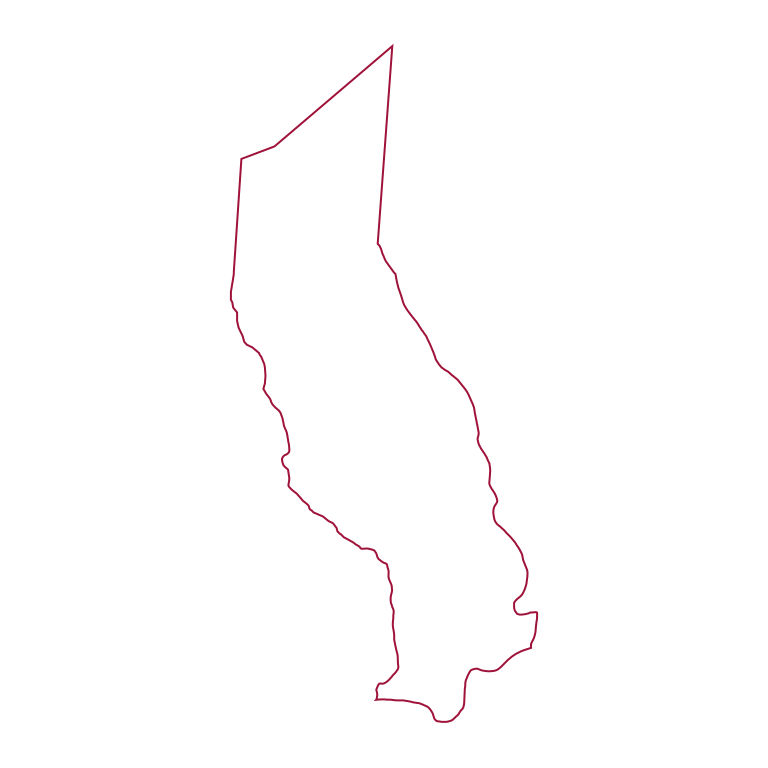 outline of Franciou, Soufrière, Saint Lucia
{"feature_id": "8701671B52742071766833", "entity_name": "Franciou", "entity_type": "district", "adm_level": 2, "iso_a3": "LCA", "parent_name": "Saint Lucia", "parent_adm1": "Soufrière", "projection": "orthographic", "projection_center": [-61.054, 13.804], "detail": "fine", "context": "isolated", "style": "outline", "palette": "rose", "viewbox_px": 768, "rotation_deg": 0, "n_neighbors": 0, "source": "geoboundaries", "source_scale": "gbopen_adm2", "svg_char_len": 6126}
<svg xmlns="http://www.w3.org/2000/svg" viewBox="0 0 768 768"><path d="M241.4,158.9L233.8,272.0L233.8,274.1L232.6,281.7L230.9,291.8L230.9,299.7L232.3,302.4L233.2,307.6L237.1,312.5L237.1,321.0L238.6,327.7L242.7,336.2L244.2,341.7L246.8,344.7L252.5,347.5L259.0,353.0L259.6,354.5L261.3,356.9L264.3,364.2L264.9,367.6L265.5,375.8L264.9,383.4L263.4,388.9L266.4,394.1L268.4,396.5L270.0,398.8L270.8,400.6L271.0,401.6L272.4,404.3L275.1,407.3L278.8,410.5L280.1,412.2L280.6,413.1L280.9,413.9L282.5,418.3L282.8,420.1L283.1,421.1L284.0,425.8L284.7,427.7L286.3,431.2L286.9,433.1L287.2,435.0L287.5,435.8L287.5,436.8L288.0,439.5L288.1,440.5L288.7,443.5L289.0,445.2L289.3,448.7L289.3,449.8L289.2,451.6L288.8,452.3L288.3,453.0L287.4,453.8L286.6,454.4L284.9,455.1L284.0,455.7L283.3,456.4L282.8,457.1L282.3,458.1L282.0,459.0L282.0,460.0L282.4,462.0L282.9,463.8L283.3,464.9L283.8,465.7L285.2,467.1L286.1,468.0L287.6,469.1L288.1,470.0L289.3,478.2L289.2,480.2L288.4,485.2L288.7,486.3L289.9,487.8L290.7,488.5L291.3,489.3L294.3,491.8L296.1,493.1L296.8,493.7L300.5,497.9L302.8,500.7L303.6,501.4L304.5,502.0L307.4,504.4L308.1,505.1L308.7,505.9L309.5,508.7L310.1,509.4L310.8,510.0L311.7,510.5L313.0,511.9L313.7,512.5L314.5,512.9L316.4,513.6L319.0,514.8L321.7,515.9L323.3,516.7L324.8,518.0L326.3,519.2L327.1,519.9L328.7,521.1L329.6,521.6L332.2,522.8L333.0,523.4L333.7,524.1L334.3,524.9L334.8,525.7L336.5,527.8L337.5,531.5L338.2,532.0L339.5,533.4L340.3,534.1L341.1,534.4L341.8,535.2L343.1,536.5L343.7,537.2L348.0,539.5L353.3,542.5L354.1,543.1L355.7,544.4L359.0,546.3L359.7,547.0L360.3,547.8L360.9,548.5L361.8,548.7L362.9,548.8L365.7,548.5L366.6,548.5L368.6,548.7L370.6,549.2L372.4,549.7L374.4,550.5L374.9,551.4L376.1,553.0L376.5,553.9L377.3,556.8L377.7,557.6L378.2,558.5L378.8,559.2L382.3,561.9L383.9,562.8L385.8,563.5L386.6,564.0L387.1,564.9L387.4,566.8L387.7,567.8L388.0,568.7L388.5,570.6L388.6,571.5L388.5,576.8L388.7,577.9L389.2,579.7L391.1,584.0L391.7,585.9L392.0,589.2L392.1,590.0L391.9,591.8L391.2,594.5L390.8,596.2L390.6,599.0L390.7,601.1L390.8,602.0L391.0,603.0L392.0,605.9L392.2,606.9L393.0,608.5L393.3,609.5L393.6,610.4L393.7,611.8L393.6,613.5L393.4,614.5L393.3,615.5L393.3,618.3L392.8,622.8L392.8,625.5L393.0,627.3L393.2,628.2L393.8,631.8L394.1,633.7L394.2,636.1L394.2,639.8L395.4,645.9L395.8,647.5L396.4,650.3L397.2,653.2L397.7,655.9L397.9,662.7L398.4,667.2L398.1,668.3L397.8,669.3L396.0,671.9L395.4,672.7L393.1,675.0L391.1,677.5L388.3,680.5L386.0,682.3L384.2,683.3L383.3,683.6L382.3,683.7L380.3,683.5L379.3,683.7L378.6,684.4L377.7,686.2L376.9,688.1L376.3,689.8L376.5,690.7L376.8,691.7L377.3,694.6L377.1,696.1L376.6,699.2L376.1,699.8L378.9,699.5L382.8,699.4L384.7,699.4L387.7,699.7L390.7,699.7L395.6,700.3L398.4,700.4L403.5,700.4L405.3,700.8L406.2,700.8L409.0,701.4L409.9,701.5L411.0,701.7L412.9,702.3L416.3,702.8L417.3,703.0L418.2,703.1L419.1,703.2L420.0,703.5L422.6,704.5L427.0,706.5L427.8,707.0L428.7,707.7L430.7,710.1L432.2,712.5L432.6,713.3L433.0,714.3L433.8,717.0L434.1,717.9L434.5,718.8L435.1,719.6L436.0,720.5L436.7,721.1L438.7,721.4L439.7,721.5L440.6,721.7L442.4,721.9L445.4,721.9L447.4,721.7L449.4,721.2L451.2,720.6L452.9,719.6L456.5,716.1L457.1,715.7L458.5,714.3L458.9,713.5L459.9,711.9L461.0,710.3L462.3,709.1L462.8,708.3L463.3,707.4L463.5,706.5L464.0,704.6L464.2,702.7L464.8,689.0L465.2,686.4L465.3,683.6L465.4,682.6L465.5,681.6L465.8,680.7L466.0,679.8L466.5,678.8L467.6,676.0L468.4,674.3L469.9,671.6L470.5,670.7L471.2,670.1L472.0,669.7L472.9,669.4L474.7,668.9L476.5,668.7L477.4,668.7L481.2,670.2L482.2,670.5L486.2,671.1L489.0,671.3L490.9,671.2L493.7,670.9L495.5,670.5L497.4,669.7L498.2,669.2L499.7,668.0L501.2,666.7L507.5,660.3L509.1,658.9L512.0,656.5L515.3,654.3L516.1,653.8L517.1,653.3L521.3,651.2L522.2,650.8L523.0,650.6L523.9,650.2L531.0,647.9L531.0,644.3L531.3,643.4L532.3,641.2L532.9,640.2L533.7,638.4L534.1,637.5L534.7,635.5L535.5,631.8L536.0,625.7L536.3,623.9L536.3,623.0L537.0,618.9L537.1,615.9L537.1,612.7L536.2,612.2L535.4,612.2L533.5,612.4L530.6,612.5L529.7,612.7L529.0,613.2L528.0,613.5L525.0,614.2L521.8,614.6L519.7,614.6L517.9,614.1L517.0,613.7L515.3,611.3L514.9,610.6L514.5,609.6L514.2,608.5L514.1,606.0L514.1,602.8L514.6,601.9L515.8,600.4L517.2,599.0L518.9,597.6L519.7,597.0L521.3,595.5L522.5,593.9L523.6,591.9L525.1,588.3L525.4,587.3L526.0,585.4L526.5,583.4L527.0,579.1L527.3,577.2L527.4,576.0L527.5,573.3L527.4,571.5L527.2,570.4L526.9,569.4L524.5,563.4L523.3,560.4L522.8,558.3L522.3,555.4L522.0,554.3L521.1,552.4L519.7,549.8L519.2,548.7L517.5,546.2L516.9,545.5L515.9,543.7L514.8,542.1L511.8,538.5L509.4,535.8L506.7,533.2L505.3,531.6L504.7,530.9L503.9,530.0L501.8,528.2L500.1,526.5L499.1,525.8L498.4,525.3L496.9,523.9L495.7,522.2L495.1,521.3L494.4,519.4L493.7,515.8L493.3,513.0L493.4,510.3L493.8,508.4L494.3,506.7L495.2,505.1L496.2,503.7L497.1,502.0L497.3,501.0L497.1,500.0L496.9,499.0L496.7,498.1L495.6,495.3L494.8,493.5L492.6,490.1L492.0,489.4L490.6,486.9L489.5,484.4L489.3,483.5L489.3,482.5L489.9,475.6L490.2,470.8L490.1,468.4L489.4,463.5L489.0,462.7L487.7,459.9L486.6,457.2L486.0,456.2L485.5,455.4L484.0,452.9L483.4,452.1L482.9,451.3L481.6,449.5L480.6,447.8L479.2,445.1L478.5,443.4L478.0,441.3L477.6,439.4L477.6,438.6L477.8,437.5L478.1,436.7L478.5,434.9L478.7,433.1L478.5,431.7L477.2,424.6L476.9,423.5L476.4,420.6L475.9,418.3L474.8,412.7L474.2,408.7L474.0,407.6L472.9,404.5L468.6,394.8L467.1,391.9L465.4,389.5L464.7,388.5L462.1,385.3L460.5,383.3L459.1,381.6L458.4,380.6L457.7,379.8L456.2,378.6L455.5,377.9L454.2,377.0L453.4,376.2L451.7,375.0L449.5,372.9L448.1,371.7L444.8,369.8L443.2,368.6L441.6,367.5L439.2,364.7L436.4,360.5L435.6,358.9L435.1,357.0L433.8,353.3L430.8,346.1L429.7,343.6L427.2,338.5L426.5,336.7L425.5,335.1L424.9,334.4L424.3,333.6L422.7,331.1L422.1,330.6L421.5,329.8L421.1,328.9L420.0,327.4L417.8,323.8L416.4,321.7L414.5,319.5L411.5,315.7L407.4,310.3L405.7,307.6L404.3,305.2L403.5,303.4L402.6,300.7L402.4,299.7L400.8,294.7L398.5,288.1L397.9,286.1L397.8,285.3L397.3,283.6L396.3,278.8L396.1,277.2L395.4,273.9L393.9,272.4L385.8,261.2L384.7,258.9L383.4,255.6L382.5,253.8L381.1,249.1L379.5,245.7L377.7,243.8L392.3,46.1L274.5,146.4L241.4,158.9Z" fill="none" stroke="#9f1239" stroke-width="2"/></svg>